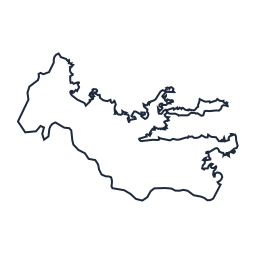 Mugla, Mercator projection, rotated 182°
{"feature_id": "TUR-2278", "entity_name": "Mugla", "entity_type": "Province", "adm_level": 1, "iso_a3": "TUR", "parent_name": "Turkey", "parent_adm1": "", "projection": "mercator", "projection_center": [28.126, 36.936], "detail": "fine", "context": "isolated", "style": "outline", "palette": "slate", "viewbox_px": 256, "rotation_deg": 182, "n_neighbors": 0, "source": "natural_earth", "source_scale": "10m", "svg_char_len": 5812}
<svg xmlns="http://www.w3.org/2000/svg" viewBox="0 0 256 256"><g transform="rotate(182 128 128)"><path d="M199.9,200.0L197.5,196.5L192.2,194.8L190.7,192.9L189.4,193.8L189.1,192.3L189.4,190.7L187.0,190.7L187.6,190.0L186.6,189.3L185.1,189.1L186.3,187.4L188.2,186.8L188.1,186.2L187.6,186.1L188.1,184.0L187.6,182.1L186.5,180.7L185.1,179.9L185.1,179.2L187.6,177.7L187.3,173.0L186.8,171.1L185.1,171.6L184.0,170.3L179.7,171.9L177.8,171.6L179.4,171.2L179.8,170.1L178.3,167.0L180.2,163.1L181.5,164.2L183.7,161.5L185.1,160.9L184.6,162.8L185.3,163.2L186.4,162.9L187.0,162.0L186.3,160.0L185.1,158.5L179.5,154.5L172.6,151.6L171.7,150.5L171.0,148.9L166.7,153.3L166.7,154.0L167.3,154.0L167.3,154.7L164.3,155.5L163.9,156.4L164.2,158.2L163.0,158.5L164.3,160.1L163.7,160.9L164.9,162.4L165.4,162.4L166.5,160.4L166.6,159.4L166.1,157.8L167.7,159.3L167.1,161.2L164.3,163.9L164.8,165.1L163.8,165.7L161.2,165.5L160.2,164.5L160.2,163.5L161.0,162.7L162.4,162.4L162.4,161.6L159.0,159.7L157.5,160.1L157.0,157.2L153.8,154.9L149.8,154.1L146.5,155.5L146.0,153.4L145.1,152.6L143.9,153.0L142.7,154.7L142.1,154.0L141.0,150.9L141.8,149.4L142.1,147.2L141.9,145.1L141.0,144.0L140.9,143.5L141.6,143.3L141.2,142.3L141.6,141.7L141.0,141.7L140.4,144.0L138.5,141.3L135.8,140.9L133.9,142.0L134.2,144.7L133.3,144.0L130.5,143.3L131.7,142.5L131.7,141.7L128.5,141.4L127.8,140.3L127.4,137.9L128.5,137.9L128.7,137.5L127.4,134.1L127.0,134.2L126.8,135.2L126.0,136.2L120.6,137.4L120.7,138.1L121.9,139.5L124.0,139.3L125.0,140.2L122.4,144.7L120.7,144.7L115.1,141.7L114.6,141.7L115.1,144.0L111.8,143.9L111.4,142.9L111.8,141.9L115.1,141.0L115.1,140.2L111.4,137.7L109.9,138.3L108.7,140.1L108.1,142.0L108.4,143.6L109.6,144.7L109.2,147.2L112.7,149.9L113.3,152.4L110.8,151.2L109.6,151.5L109.0,153.3L107.8,152.4L107.7,153.3L107.1,154.0L107.6,154.1L107.8,154.7L103.2,156.4L101.4,157.7L96.9,165.4L94.8,167.0L92.4,166.2L91.8,167.3L90.6,167.8L91.2,169.3L90.1,169.8L88.5,169.5L88.1,168.5L87.2,170.1L86.1,170.3L84.9,169.6L83.9,168.5L84.5,167.0L83.2,165.5L90.0,165.5L91.7,164.8L94.9,160.9L93.7,159.4L91.2,161.6L91.2,160.9L92.1,159.9L92.4,158.6L92.1,157.3L90.3,155.7L90.0,157.4L89.6,158.0L86.9,157.0L85.1,157.4L84.2,156.9L83.9,155.9L87.5,154.7L86.9,154.0L89.4,154.0L90.6,152.4L94.0,152.2L94.9,151.7L94.6,153.5L95.9,153.6L97.3,152.6L97.4,150.9L96.5,150.3L94.7,150.1L94.3,149.4L94.4,148.7L96.8,146.3L98.6,148.6L98.0,144.4L97.5,143.4L95.4,143.3L94.6,143.8L93.1,146.3L91.1,147.6L90.4,147.5L90.0,146.3L88.7,147.6L83.9,149.4L83.2,149.4L82.8,148.0L79.5,150.1L79.1,148.6L78.4,148.7L77.1,150.1L75.3,148.8L74.6,150.1L74.0,150.1L71.3,148.2L69.6,147.9L67.9,148.6L67.9,147.9L66.8,148.4L63.3,147.9L61.8,148.4L59.9,150.8L58.6,151.7L58.8,153.4L57.6,156.9L57.4,159.4L52.8,157.3L51.3,157.0L47.5,157.5L47.0,156.3L40.9,158.5L39.7,160.1L37.5,158.5L34.6,158.1L33.5,158.5L33.3,157.2L32.6,156.4L31.6,156.4L30.5,157.0L30.4,156.4L29.8,156.3L30.3,155.6L30.3,154.9L29.2,154.0L29.2,153.3L31.8,154.1L33.3,154.1L34.4,153.6L35.2,152.5L35.6,150.7L37.6,148.6L40.6,148.6L47.2,147.7L50.4,147.9L52.1,147.4L53.2,143.3L55.1,142.8L59.2,145.2L60.5,144.7L61.9,145.5L64.3,145.2L65.4,145.6L67.7,143.4L68.9,142.7L76.7,142.5L77.7,142.1L78.3,142.8L81.5,144.0L86.4,143.7L87.8,144.1L89.4,145.6L89.7,144.4L91.9,142.5L91.3,141.2L90.4,140.5L87.5,140.2L88.1,139.5L89.0,139.8L89.1,139.1L87.5,137.1L88.8,136.4L89.5,136.7L91.9,135.6L91.9,134.9L90.1,133.0L88.8,131.0L90.0,131.8L90.6,131.0L89.4,129.4L92.4,129.4L92.4,128.7L90.6,128.7L90.6,127.9L92.8,127.9L94.3,128.7L95.3,128.0L96.1,128.7L97.7,128.1L99.6,129.1L101.0,128.7L101.7,131.0L102.0,128.5L101.0,127.9L101.0,127.2L102.5,127.1L103.5,127.9L105.9,124.1L105.9,123.3L104.7,123.3L105.9,121.0L107.4,122.1L108.8,122.4L109.6,121.8L109.0,120.2L116.4,117.7L116.4,116.9L115.1,115.6L114.2,115.4L102.5,117.1L98.2,117.0L96.5,117.5L96.8,119.5L95.2,118.7L85.7,117.1L82.6,118.7L79.0,118.0L76.7,118.1L69.4,120.6L67.9,120.2L67.2,121.8L65.7,121.4L63.6,121.8L61.8,120.5L58.9,120.5L56.1,121.5L54.3,123.3L50.2,121.3L48.1,121.4L47.7,124.1L44.6,122.1L39.7,121.8L36.6,118.0L35.3,118.0L33.9,119.2L33.4,118.4L33.5,118.0L32.9,118.0L31.6,121.8L31.3,121.0L31.6,120.2L31.0,119.5L31.5,118.9L31.0,118.0L26.7,119.5L27.1,121.4L26.6,122.6L25.5,123.6L24.2,124.1L24.9,125.6L23.0,125.6L22.5,124.8L20.9,125.2L19.9,123.5L19.4,119.1L17.8,114.1L18.7,111.8L21.0,111.1L23.7,108.7L22.3,107.9L20.6,108.7L20.0,107.2L20.6,107.9L21.6,106.6L24.5,107.6L26.1,107.2L26.4,104.5L26.1,103.3L27.7,104.2L28.0,106.5L28.6,106.5L29.7,104.4L30.4,104.2L31.0,104.9L31.6,104.0L31.6,105.9L31.9,106.5L33.5,106.5L35.4,107.6L36.6,107.2L35.9,107.9L37.2,110.2L38.5,111.0L39.9,110.7L45.8,106.9L47.9,107.0L48.9,106.5L48.9,105.6L47.7,105.8L47.0,106.5L46.3,102.9L45.6,101.0L44.6,100.3L44.6,99.4L48.8,98.5L50.0,98.7L48.9,101.0L50.6,100.2L51.9,98.6L50.5,98.1L50.0,97.4L50.1,95.2L51.9,93.3L52.5,90.2L50.6,89.2L50.1,90.2L46.9,90.4L46.0,93.0L44.8,94.5L43.4,95.3L42.1,94.8L43.7,93.4L43.9,92.0L42.9,91.0L40.9,91.0L38.8,92.8L38.4,92.1L39.2,89.9L40.9,87.9L41.3,84.3L40.3,82.4L39.7,82.4L39.3,85.6L37.3,86.7L34.8,86.3L32.9,84.7L32.1,82.3L32.9,80.0L34.5,78.2L36.6,77.1L35.5,75.4L33.5,74.7L40.4,60.4L43.2,58.8L46.2,58.6L49.4,60.8L52.8,62.0L60.0,63.1L66.3,67.4L70.4,68.1L74.5,67.1L78.6,67.1L82.4,69.0L88.7,69.3L99.6,68.6L103.1,65.7L106.3,59.5L111.1,56.0L117.6,57.4L123.2,62.2L129.7,65.7L141.4,67.3L142.5,69.3L142.2,71.6L142.2,74.8L143.1,78.1L145.4,78.9L148.5,78.9L152.8,80.6L155.4,85.3L156.6,90.5L159.6,94.8L166.3,95.8L170.1,101.2L176.7,104.3L182.0,109.5L183.2,113.7L184.6,123.6L186.8,125.8L191.7,126.1L200.7,131.0L203.8,129.4L205.6,127.0L206.6,124.1L207.2,116.8L211.5,113.4L213.5,119.1L212.0,125.6L215.5,127.0L219.8,121.5L230.6,120.1L238.2,130.7L228.5,152.9L229.7,159.8L228.0,165.9L219.6,172.8L218.8,175.9L219.2,178.9L217.2,180.0L214.5,178.8L208.9,181.1L204.5,190.7L204.6,193.5L204.0,196.5L202.4,198.7L199.9,200.0Z" fill="none" stroke="#1e293b" stroke-width="2"/></g></svg>